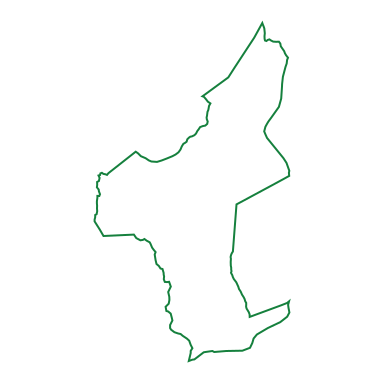 Lago da Pedra, Maranhão, Brazil (Robinson projection)
{"feature_id": "56859067B74680935890891", "entity_name": "Lago da Pedra", "entity_type": "district", "adm_level": 2, "iso_a3": "BRA", "parent_name": "Brazil", "parent_adm1": "Maranhão", "projection": "robinson", "projection_center": [-45.211, -4.719], "detail": "fine", "context": "isolated", "style": "outline", "palette": "green", "viewbox_px": 384, "rotation_deg": 0, "n_neighbors": 0, "source": "geoboundaries", "source_scale": "gbopen_adm2", "svg_char_len": 2815}
<svg xmlns="http://www.w3.org/2000/svg" viewBox="0 0 384 384"><path d="M262.3,23.0L254.2,37.7L247.5,47.9L236.7,64.4L235.1,66.8L228.3,77.4L202.5,96.3L203.9,96.8L205.9,99.1L207.9,101.7L210.4,103.4L209.0,106.0L208.7,107.9L208.3,110.0L207.5,111.8L207.0,115.8L206.6,117.4L206.8,119.2L207.7,121.5L207.2,123.9L205.3,125.6L202.7,126.1L200.1,127.1L198.6,129.4L197.4,130.9L196.0,133.6L194.4,135.2L191.9,136.4L190.3,136.7L189.0,137.6L187.3,139.3L186.6,141.7L185.0,142.9L183.4,143.8L181.8,146.4L180.5,149.5L178.5,152.3L175.6,154.5L172.4,156.2L166.8,158.5L161.6,160.5L157.0,161.9L151.4,161.5L148.8,160.4L145.6,158.2L140.9,156.2L138.0,153.3L135.7,151.7L110.4,171.6L108.4,173.2L107.0,174.9L105.5,174.3L103.4,173.9L101.9,172.8L100.4,173.4L100.1,175.0L98.5,175.5L99.6,177.9L98.9,181.0L97.1,182.0L97.2,184.8L96.9,187.3L98.7,189.6L98.9,191.3L100.0,194.2L99.3,196.0L97.4,195.9L97.4,197.8L96.9,201.1L96.9,203.4L97.1,205.7L97.0,208.5L97.2,211.2L96.6,214.2L95.2,215.0L95.2,217.2L94.6,219.6L94.6,221.4L99.8,229.6L103.5,236.0L133.9,234.6L136.3,238.1L140.4,240.3L142.9,239.9L144.4,239.0L146.7,240.7L149.7,242.3L150.5,243.8L152.1,247.6L153.7,249.8L155.6,252.1L154.7,254.5L155.6,260.2L156.5,264.0L158.8,265.9L160.5,268.5L162.5,269.0L163.6,272.8L163.7,274.7L164.1,276.5L163.8,279.2L164.8,281.9L167.0,282.1L169.1,281.8L170.8,286.6L168.2,292.0L169.3,296.8L169.4,300.0L168.7,303.7L165.6,306.8L166.4,311.0L168.2,311.5L170.7,313.6L171.8,317.8L172.4,320.5L170.1,325.0L170.1,328.1L171.1,329.7L174.4,332.2L178.2,333.5L180.6,334.0L182.7,335.8L186.9,338.6L189.2,340.7L190.7,344.9L192.4,348.2L190.7,350.9L190.7,353.0L188.8,361.0L192.3,359.7L194.4,359.4L203.7,352.3L205.4,352.0L212.4,351.0L214.2,352.0L226.2,351.0L242.4,350.7L250.0,347.8L252.3,343.0L253.6,338.5L256.9,334.5L267.9,328.0L280.3,322.1L287.2,316.7L289.4,312.5L288.5,307.8L288.1,304.8L289.0,301.4L287.2,302.9L285.0,303.8L280.9,305.4L249.7,316.9L249.6,314.4L248.8,312.2L247.6,310.2L246.6,308.6L246.1,306.7L246.2,304.9L246.2,302.9L245.3,301.4L244.5,298.8L243.5,296.9L242.0,294.6L240.7,291.6L239.0,289.0L238.3,286.7L236.3,282.3L233.8,279.0L232.8,276.9L232.3,275.2L231.0,272.8L231.5,271.2L231.2,269.5L231.2,267.7L230.8,265.6L230.7,262.1L230.9,258.8L230.6,257.0L231.0,255.2L231.7,253.4L232.9,251.5L236.5,204.4L252.1,196.0L271.6,185.5L283.4,179.1L289.2,175.9L288.9,172.8L289.3,170.8L286.5,162.9L283.4,158.1L271.3,143.2L267.0,137.9L265.4,134.3L264.2,131.4L265.4,126.8L266.8,124.2L268.1,122.0L269.0,120.7L271.0,118.0L278.9,106.9L281.2,98.6L282.0,86.6L282.1,84.1L282.9,76.8L285.5,66.9L286.7,63.5L287.1,59.9L288.0,57.7L286.1,55.3L284.9,53.2L284.2,51.2L280.8,46.3L280.3,43.5L278.9,41.7L276.1,41.8L273.2,41.6L271.2,40.6L269.4,39.4L267.8,39.9L266.4,41.0L265.0,40.5L264.6,38.8L264.5,36.2L264.8,33.3L264.6,31.3L264.3,28.4L263.6,26.4L262.9,24.7L262.3,23.0Z" fill="none" stroke="#15803d" stroke-width="2"/></svg>